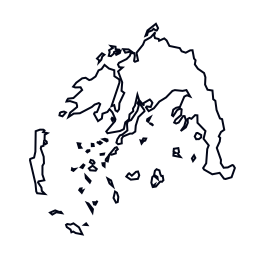 an SVG outline of Greece, rotated 83°
{"feature_id": "GRC", "entity_name": "Greece", "entity_type": "country or territory", "adm_level": 0, "iso_a3": "GRC", "parent_name": "Europe", "parent_adm1": "", "projection": "mercator", "projection_center": [23.941, 38.339], "detail": "fine", "context": "isolated", "style": "outline", "palette": "ink", "viewbox_px": 256, "rotation_deg": 83, "n_neighbors": 0, "source": "natural_earth", "source_scale": "50m", "svg_char_len": 5964}
<svg xmlns="http://www.w3.org/2000/svg" viewBox="0 0 256 256"><g transform="rotate(83 128 128)"><path d="M180.7,26.8L189.5,31.2L190.5,37.4L190.0,38.9L183.7,42.5L184.2,50.0L178.5,57.6L176.9,58.3L172.6,54.7L158.5,51.9L155.1,50.0L147.9,54.3L140.5,51.5L131.3,58.4L123.9,57.6L123.4,59.8L126.6,63.9L125.5,65.8L126.3,67.7L130.1,68.0L134.4,70.5L137.4,76.0L133.1,72.0L127.4,69.6L123.1,70.4L122.9,71.8L128.7,77.0L129.4,79.7L128.2,81.5L125.6,79.8L121.6,73.7L116.1,72.5L115.1,73.7L116.2,77.0L121.8,81.7L120.7,82.8L115.3,80.8L113.8,77.8L113.4,73.9L103.7,68.3L102.7,65.5L104.3,62.5L97.5,65.4L97.8,69.3L96.1,76.9L96.6,79.4L102.3,86.5L105.6,93.7L111.6,99.9L113.8,105.4L109.7,107.6L108.9,106.7L109.9,102.9L106.0,100.7L104.3,101.5L102.4,102.9L103.5,105.6L105.3,109.7L107.7,109.5L101.5,113.6L96.1,114.6L106.6,118.4L109.3,120.6L112.0,120.8L114.7,124.8L119.4,125.9L122.1,130.0L128.6,132.3L130.0,136.3L130.7,149.0L128.8,150.0L119.6,140.1L117.8,139.4L110.6,141.6L107.0,144.0L109.6,146.5L110.7,151.6L115.4,152.8L117.5,156.9L109.9,160.0L108.5,159.1L108.4,156.9L106.5,155.7L100.9,152.7L99.7,153.9L100.7,158.3L102.7,161.3L107.5,174.0L107.1,180.1L109.9,185.8L105.7,183.5L101.0,176.0L99.5,175.8L97.0,176.2L94.2,182.3L94.2,185.8L92.8,185.0L91.6,183.9L91.6,178.5L84.7,168.9L81.8,170.1L81.3,175.5L80.3,177.4L76.7,173.8L73.1,167.4L73.0,163.9L75.7,160.7L75.4,158.5L72.9,153.9L67.2,150.2L66.3,147.1L62.5,143.6L66.7,139.6L69.0,134.6L74.9,135.2L78.8,130.7L81.8,130.9L104.3,141.7L103.6,138.9L109.0,138.3L110.4,136.5L108.3,134.6L102.3,133.5L92.7,127.4L90.3,129.9L82.0,128.2L70.6,130.9L67.3,126.0L66.6,129.3L63.8,130.2L62.2,129.0L59.4,121.0L56.6,117.4L54.4,116.4L54.2,114.4L54.4,112.8L57.1,112.4L62.2,113.8L63.1,113.0L62.3,109.8L54.4,110.4L47.2,103.0L43.3,100.8L40.7,94.3L36.3,89.3L39.3,90.8L42.1,90.2L43.4,86.7L45.2,86.5L43.5,81.1L45.8,79.0L51.6,76.9L55.0,66.9L58.4,65.4L60.3,61.5L58.5,56.8L58.7,54.5L67.1,54.0L69.0,52.7L73.0,53.9L77.7,51.4L82.7,45.8L87.1,45.0L94.3,46.2L99.7,44.4L101.1,39.6L109.8,39.9L111.7,38.0L120.9,37.9L129.7,35.6L130.7,33.5L141.5,32.7L143.3,36.2L147.4,38.9L149.1,37.7L152.6,38.6L158.6,42.3L171.0,39.6L174.2,40.2L179.1,37.9L179.3,33.7L177.5,29.0L178.0,28.0L180.7,26.8ZM124.6,211.5L129.7,212.3L131.6,210.4L133.3,210.4L134.0,212.0L132.0,213.2L135.4,214.0L135.8,216.4L137.7,217.1L146.2,215.2L152.8,215.7L155.1,217.5L163.8,218.6L169.7,217.4L170.1,223.3L171.1,223.9L176.6,221.2L179.9,221.2L183.4,218.4L181.7,226.1L179.8,226.8L172.0,226.6L148.0,229.2L146.8,228.8L145.9,224.8L140.2,222.8L119.9,220.0L118.9,215.5L119.4,212.1L120.3,211.2L121.8,212.7L123.3,208.6L124.6,211.5ZM113.4,109.6L118.4,116.3L126.6,120.0L132.4,121.2L134.1,124.4L133.8,126.7L135.8,133.9L137.8,135.6L142.5,136.1L142.9,139.8L141.1,141.3L137.8,139.9L134.4,137.0L133.8,134.4L130.4,128.9L123.8,128.5L121.3,127.3L120.5,124.0L112.0,116.6L106.8,114.5L104.6,115.5L103.1,114.5L112.1,109.7L113.4,109.6ZM185.5,100.8L185.1,102.6L189.5,107.4L189.6,109.7L187.4,108.4L188.7,110.8L185.1,111.5L179.7,109.9L178.5,108.2L182.3,104.7L180.1,104.8L177.7,107.8L173.8,106.5L172.4,104.7L173.9,102.0L178.0,101.5L179.8,100.7L179.8,99.4L184.1,99.2L185.5,100.8ZM218.9,200.8L216.6,201.3L215.9,200.0L216.9,196.8L216.0,193.8L220.6,188.8L228.0,186.2L225.9,192.7L224.1,195.0L224.6,196.9L221.8,197.4L218.9,200.8ZM179.6,131.5L176.0,135.6L173.5,133.2L173.1,132.4L175.8,130.0L172.5,125.4L172.4,123.4L176.3,122.6L179.7,124.4L179.6,131.5ZM49.4,126.3L50.8,132.5L52.5,133.1L54.6,136.2L54.0,138.3L50.4,136.9L48.5,137.3L46.8,133.5L44.5,135.1L45.8,130.5L48.4,130.6L49.4,126.3ZM38.1,97.7L38.6,99.4L33.6,96.8L28.0,87.6L32.5,86.0L34.6,87.4L34.8,88.2L32.7,90.6L34.0,92.0L35.2,96.5L38.1,97.7ZM163.2,79.4L161.0,86.3L158.8,85.9L158.5,83.7L157.0,85.7L154.2,85.0L154.1,80.5L158.2,80.3L159.4,81.8L163.2,79.4ZM195.2,146.0L200.2,147.2L200.6,149.0L195.7,150.9L189.5,148.6L190.9,146.9L195.2,146.0ZM147.4,61.7L144.5,62.8L141.4,60.7L141.4,59.5L143.9,56.2L146.2,56.5L147.7,59.0L147.4,61.7ZM57.0,146.2L59.4,149.0L57.4,148.3L55.3,150.3L50.7,144.7L52.4,142.5L53.9,144.8L57.0,146.2ZM165.4,170.7L163.3,171.8L161.1,167.7L164.9,164.0L166.4,165.3L165.4,170.7ZM152.5,147.5L151.8,149.5L146.1,143.4L145.7,141.6L147.8,140.7L149.3,143.0L151.7,143.2L152.5,147.5ZM204.7,213.7L202.5,215.7L200.9,210.3L202.9,206.6L203.0,204.8L204.5,203.9L202.9,209.4L204.7,213.7ZM52.9,121.5L49.2,123.1L50.1,117.8L52.4,115.3L52.9,121.5ZM108.4,191.6L107.1,194.5L104.7,193.7L104.1,192.4L103.9,189.5L105.0,187.7L108.4,191.6ZM207.5,173.6L197.4,177.8L198.2,176.4L204.3,172.7L207.5,173.6ZM180.8,153.1L175.6,154.4L178.0,151.2L184.2,150.0L180.8,153.1ZM159.2,167.8L157.3,170.0L155.2,168.8L156.1,166.6L158.2,165.4L159.1,165.8L159.2,167.8ZM158.7,152.2L157.8,154.1L156.3,153.8L152.6,150.0L158.7,152.2ZM145.1,116.4L142.0,117.0L142.6,115.7L140.2,114.0L140.7,111.3L142.6,112.4L143.0,114.3L145.1,116.4ZM168.7,67.5L166.0,68.3L163.1,65.8L165.9,64.8L168.7,67.5ZM141.9,176.7L141.8,179.0L137.0,179.8L137.7,177.2L139.3,178.1L141.9,176.7ZM172.7,175.9L170.0,175.9L176.0,171.6L177.5,172.6L172.7,175.9ZM138.7,150.8L136.1,154.3L135.9,152.2L136.9,149.9L138.2,149.8L138.7,150.8ZM162.1,157.5L159.9,157.7L160.0,155.5L163.5,156.0L162.1,157.5ZM186.7,181.8L183.7,184.0L182.3,182.9L182.3,181.5L183.8,182.0L184.9,181.2L184.6,180.3L186.7,181.8ZM199.7,171.0L197.4,171.4L197.8,169.1L196.7,167.2L200.2,169.7L199.7,171.0ZM140.6,157.8L138.2,160.6L138.7,158.6L138.0,157.5L139.5,155.9L140.6,157.8ZM53.9,130.7L52.8,131.0L50.8,126.2L52.6,127.0L53.9,130.7ZM162.2,178.0L161.2,179.7L158.8,176.8L159.6,175.9L162.2,178.0ZM124.3,107.2L123.2,108.3L121.6,107.8L120.0,104.4L124.3,107.2ZM119.0,142.6L117.0,143.3L115.9,142.5L117.4,140.7L119.0,142.6ZM141.6,166.1L139.3,165.9L139.7,164.3L141.7,164.2L141.6,166.1ZM163.9,187.4L162.9,188.9L161.3,188.4L162.3,187.1L162.2,185.1L163.9,187.4ZM146.2,172.1L145.2,171.0L145.3,169.1L146.1,169.1L147.2,171.3L146.2,172.1ZM219.4,180.2L218.8,183.2L217.6,181.2L219.4,180.2ZM128.7,102.6L125.7,106.3L126.8,103.9L128.7,102.6ZM151.4,155.3L151.3,158.4L150.6,158.4L150.5,154.9L151.4,155.3Z" fill="none" stroke="#020617" stroke-width="2"/></g></svg>